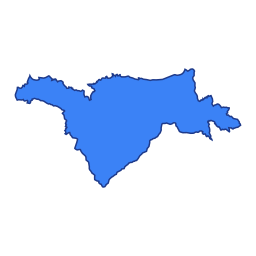 Florián, Santander, Colombia
{"feature_id": "7082276B44314781423547", "entity_name": "Florián", "entity_type": "district", "adm_level": 2, "iso_a3": "COL", "parent_name": "Colombia", "parent_adm1": "Santander", "projection": "orthographic", "projection_center": [-73.956, 5.787], "detail": "fine", "context": "isolated", "style": "filled", "palette": "blue", "viewbox_px": 256, "rotation_deg": 0, "n_neighbors": 0, "source": "geoboundaries", "source_scale": "gbopen_adm2", "svg_char_len": 5681}
<svg xmlns="http://www.w3.org/2000/svg" viewBox="0 0 256 256"><path d="M17.2,100.1L18.6,99.7L22.0,100.0L23.3,99.5L23.9,100.6L24.6,101.0L27.3,100.4L27.6,100.6L27.8,101.4L27.2,102.9L29.6,103.4L30.3,102.9L30.5,102.5L30.4,101.2L32.2,100.1L32.0,99.4L32.2,99.0L33.2,99.0L34.0,98.5L34.6,98.4L37.2,99.3L38.0,99.1L39.6,99.8L40.5,100.6L42.5,100.7L43.9,101.2L46.9,103.2L48.6,104.0L49.6,103.7L50.9,104.6L52.1,104.7L53.5,105.9L55.4,105.7L56.3,106.1L57.3,106.3L60.9,108.5L61.8,109.7L64.3,110.5L64.6,111.0L62.4,113.3L64.0,115.2L64.6,118.8L66.5,120.3L66.6,121.1L66.1,121.5L66.1,122.2L65.5,123.2L65.5,123.5L66.3,124.3L65.8,124.9L66.1,125.5L65.4,126.5L65.6,126.8L66.7,127.0L66.9,127.3L66.2,128.5L65.6,128.8L65.6,130.1L64.9,130.5L65.6,131.6L65.9,132.9L65.1,133.7L66.1,134.4L68.8,132.6L69.7,132.5L70.2,134.6L71.6,136.2L72.4,137.5L72.8,137.8L76.0,138.2L77.5,139.0L77.6,139.3L76.8,142.4L74.8,148.3L75.4,149.0L77.1,149.9L79.5,149.5L80.4,149.6L81.1,151.4L82.5,153.4L84.7,155.3L85.7,156.4L86.0,157.6L86.1,160.0L88.4,161.9L88.7,162.6L89.3,166.4L89.3,168.8L89.7,169.8L90.7,170.9L91.5,172.2L92.0,172.8L92.0,173.1L92.2,173.4L93.1,173.8L94.8,175.3L94.6,177.1L94.7,179.6L96.9,180.9L98.9,181.3L98.8,182.5L99.0,183.0L100.3,184.1L101.1,184.2L102.3,186.4L102.6,186.8L103.3,187.0L104.8,186.7L105.9,185.3L106.0,184.7L108.2,183.1L109.1,179.7L109.8,178.8L111.8,177.0L112.7,176.6L114.8,174.9L116.3,174.3L117.0,172.3L117.3,172.1L120.9,170.3L121.8,169.0L124.1,168.6L124.8,166.8L126.6,165.2L127.7,164.6L128.7,163.2L129.2,162.9L129.6,162.9L130.4,162.4L131.9,162.4L133.4,161.4L134.6,161.2L135.4,160.6L136.6,160.5L138.1,158.6L139.9,155.6L141.7,154.1L142.5,153.0L146.5,151.3L147.2,148.5L148.9,146.5L149.7,142.8L149.7,140.9L150.1,140.4L150.7,139.8L151.7,139.7L152.7,138.8L155.1,138.1L156.2,137.2L157.5,136.6L158.8,134.4L160.2,132.8L161.2,130.1L161.1,128.0L161.8,124.5L162.0,124.0L162.6,123.5L165.3,123.4L166.5,123.0L170.1,124.3L171.8,123.9L173.2,123.0L174.0,122.7L175.0,122.9L175.7,123.3L176.0,125.9L177.0,126.6L179.5,131.5L180.5,132.0L182.9,132.7L186.7,132.6L190.8,133.3L193.4,133.2L194.1,133.0L195.1,132.3L196.3,132.0L197.9,132.3L198.8,132.0L199.5,131.2L200.1,131.0L201.6,131.0L202.8,131.8L202.3,132.9L203.3,134.2L205.3,134.0L206.4,136.4L206.9,136.6L207.7,135.9L208.3,136.1L209.7,137.5L209.8,138.5L211.9,139.8L211.8,139.3L210.6,138.2L210.8,135.9L209.5,133.4L209.3,132.5L209.7,131.5L209.7,129.3L209.3,127.5L208.6,126.4L208.8,125.0L209.3,124.3L207.8,122.3L207.9,121.3L208.7,121.1L208.9,121.3L209.2,120.6L210.1,120.9L210.9,120.4L213.9,121.5L214.7,122.1L214.9,122.8L214.7,123.5L215.5,123.8L215.4,124.3L216.1,124.8L216.3,125.6L217.9,126.9L218.3,127.0L218.8,126.7L219.9,128.1L220.7,129.9L221.0,130.1L222.3,129.3L222.8,129.6L223.4,129.5L224.1,129.7L224.7,129.3L225.9,129.2L229.3,131.8L229.5,131.6L229.3,129.5L228.8,127.7L230.2,127.9L231.7,128.0L232.0,128.6L233.0,129.0L233.7,128.2L234.6,128.2L235.7,127.6L237.9,127.2L240.6,125.2L240.1,123.8L239.4,123.4L239.3,122.0L237.5,119.4L233.4,118.5L231.6,116.6L231.1,116.3L230.0,116.6L228.1,114.9L227.2,115.2L226.9,115.0L226.4,113.8L227.6,112.8L227.3,111.5L228.7,109.7L229.2,108.5L229.1,107.8L227.5,107.8L226.7,107.3L224.7,107.4L223.7,107.1L221.4,107.6L220.5,106.1L219.0,104.5L218.1,104.1L217.3,104.0L215.8,104.8L214.4,105.2L213.3,106.1L212.1,104.3L212.0,103.2L212.7,101.5L212.4,98.9L211.0,95.6L210.5,95.7L210.2,96.1L208.6,96.1L208.4,95.7L208.1,95.8L208.1,96.4L207.4,96.5L207.5,97.0L207.2,97.1L207.0,96.7L206.6,96.9L206.8,97.1L206.1,97.4L206.3,97.7L205.1,97.5L204.7,97.9L204.9,98.2L204.0,98.7L203.5,99.6L203.0,99.7L202.8,99.2L202.7,99.6L202.3,99.6L202.0,100.1L201.2,99.9L201.1,100.4L200.3,100.6L200.2,101.1L199.7,101.4L198.3,100.7L197.4,98.3L197.3,96.2L196.5,94.4L195.6,93.3L194.5,91.3L194.5,90.1L194.8,89.5L195.3,87.6L194.9,86.0L195.0,82.9L193.1,79.8L192.7,78.1L192.9,77.2L194.1,75.6L194.1,72.3L194.5,71.1L193.6,69.6L192.5,69.0L191.2,69.1L190.2,69.4L189.8,70.0L187.9,71.1L187.5,71.1L186.5,70.1L185.0,69.3L184.8,70.1L183.6,72.4L182.3,73.7L181.1,74.4L179.2,75.0L177.1,75.3L174.9,74.7L173.9,74.9L162.6,79.4L156.3,79.9L152.8,79.8L150.2,80.4L146.6,79.6L143.3,79.2L141.6,78.4L139.9,78.5L139.0,77.9L138.5,77.9L138.5,78.2L139.0,78.9L138.9,79.4L138.5,79.7L137.4,79.5L134.9,79.0L132.7,78.0L129.7,77.2L128.8,76.3L128.1,76.1L125.1,76.9L121.6,76.9L120.2,76.1L120.1,74.7L119.9,74.7L118.1,75.9L117.5,75.7L117.2,74.5L116.5,74.6L115.7,75.3L115.4,76.2L114.8,75.4L113.4,75.3L113.2,74.1L112.3,73.8L112.7,76.6L112.2,76.6L110.3,78.1L107.9,78.3L106.7,76.4L105.8,76.9L106.0,77.8L105.4,78.2L102.7,78.0L102.1,78.2L100.8,80.1L100.5,80.2L99.2,79.5L98.6,79.9L98.2,80.7L96.7,81.5L97.0,82.4L96.0,82.9L94.8,84.0L93.9,83.4L93.2,84.3L92.2,84.0L91.5,84.3L90.0,84.1L87.8,84.4L88.1,84.9L89.2,85.8L89.9,86.1L90.8,86.0L91.7,86.4L91.6,87.7L94.0,88.9L94.3,89.2L94.5,90.5L94.9,90.8L94.2,91.6L93.0,91.8L92.9,92.4L92.3,92.8L91.7,93.8L90.6,96.1L90.9,96.8L90.6,97.9L91.1,99.5L90.3,99.8L89.7,100.3L89.4,100.1L88.7,97.8L87.9,96.8L86.9,96.4L84.8,96.9L83.9,94.2L84.1,91.0L83.8,90.8L82.5,90.1L81.7,90.9L80.6,91.3L79.1,90.7L77.3,90.6L76.1,89.9L74.6,90.4L73.7,89.7L72.8,89.3L72.6,88.2L72.3,88.1L71.6,88.4L71.4,87.4L69.7,87.4L68.9,87.0L68.7,88.2L66.8,88.3L65.8,86.6L64.8,86.0L63.7,84.6L62.9,83.2L63.1,82.4L62.8,82.1L62.7,81.7L61.0,80.7L58.8,81.0L57.6,81.8L55.7,79.1L55.2,79.7L54.1,79.5L53.1,79.9L53.3,79.5L51.8,80.2L52.1,78.9L50.3,77.3L49.5,76.2L48.7,75.9L45.8,77.5L43.8,78.1L38.9,77.5L39.3,79.2L39.0,79.6L37.6,80.1L36.2,80.2L33.4,79.6L32.2,78.9L30.6,77.1L29.9,75.7L29.7,76.5L28.6,78.5L27.4,81.8L27.3,82.3L27.9,82.9L27.6,83.7L26.7,84.1L25.0,84.1L24.6,84.8L24.3,86.3L23.1,85.4L22.9,85.4L22.2,87.3L21.0,88.3L19.2,88.0L18.2,87.3L17.4,87.4L17.2,89.5L15.4,94.5L15.4,95.6L15.6,96.8L17.2,100.1Z" fill="#3b82f6" stroke="#1e3a8a" stroke-width="1.5"/></svg>